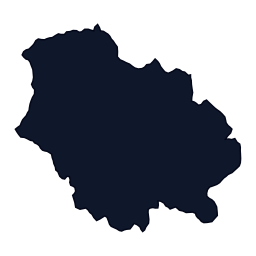 outline of Poço Fundo, Minas Gerais, Brazil, rotated 180°
{"feature_id": "56859067B54167324387796", "entity_name": "Poço Fundo", "entity_type": "district", "adm_level": 2, "iso_a3": "BRA", "parent_name": "Brazil", "parent_adm1": "Minas Gerais", "projection": "natural_earth1", "projection_center": [-45.997, -21.81], "detail": "fine", "context": "isolated", "style": "filled", "palette": "ink", "viewbox_px": 256, "rotation_deg": 180, "n_neighbors": 0, "source": "geoboundaries", "source_scale": "gbopen_adm2", "svg_char_len": 3067}
<svg xmlns="http://www.w3.org/2000/svg" viewBox="0 0 256 256"><g transform="rotate(180 128 128)"><path d="M64.6,171.5L64.8,175.6L65.5,178.5L65.5,181.1L67.7,180.6L69.5,182.2L71.3,183.9L73.7,184.3L76.6,186.3L79.8,187.1L82.9,184.9L85.8,183.5L87.9,182.7L91.2,184.1L93.7,187.1L95.5,189.5L96.7,192.2L98.3,194.5L100.9,197.0L103.1,194.3L105.6,191.8L109.3,191.3L111.4,188.8L113.9,187.4L117.7,187.0L121.2,188.0L123.7,189.7L126.5,191.9L129.9,193.3L133.0,194.9L135.9,196.1L138.7,199.2L138.5,204.2L138.8,209.1L141.0,212.1L142.8,214.9L144.7,216.9L146.2,219.7L148.1,221.8L150.2,223.1L152.5,224.6L155.5,225.1L156.6,228.4L158.4,231.5L161.1,229.0L162.3,225.1L164.6,225.7L167.6,226.7L171.3,226.7L174.4,224.1L177.0,223.8L179.4,225.3L182.9,225.5L185.8,224.4L189.4,224.1L191.6,221.5L195.1,221.5L197.6,222.1L200.6,220.4L203.7,218.4L206.3,218.1L209.0,217.3L211.5,216.2L214.8,216.4L217.7,217.0L220.1,215.4L222.3,211.6L224.7,209.1L227.1,206.8L229.8,206.1L232.3,204.3L233.8,201.1L232.2,199.0L230.0,197.0L227.6,196.3L225.9,194.0L224.8,190.9L223.1,186.6L222.8,183.4L222.4,178.6L223.1,174.8L224.4,171.7L223.2,168.8L221.3,166.4L221.5,161.9L223.5,158.5L224.9,155.0L225.9,151.9L226.5,148.7L226.9,145.5L228.5,143.0L229.7,140.3L231.5,138.3L233.3,136.2L234.6,133.5L235.8,130.4L238.1,128.8L240.6,126.8L239.0,124.1L237.3,121.6L235.2,119.0L231.5,118.6L228.8,117.4L225.6,115.7L222.9,115.2L221.5,113.2L218.6,111.9L216.6,110.2L215.5,108.0L213.5,105.9L211.1,105.1L208.8,104.7L206.6,103.4L204.4,101.9L203.7,98.2L202.7,95.5L202.1,92.4L200.6,89.0L200.2,86.0L198.1,84.3L196.2,79.7L193.7,77.5L191.3,77.0L189.1,79.7L186.6,79.4L185.8,76.2L186.2,73.6L185.3,70.8L183.1,69.9L181.1,68.6L180.3,64.8L181.5,62.5L183.3,60.7L182.2,57.1L181.1,53.6L180.3,48.8L176.0,46.8L172.9,47.4L170.2,48.0L168.1,46.4L166.1,43.5L164.0,41.8L162.1,38.5L159.4,35.5L155.9,37.2L153.6,38.7L151.1,40.2L148.9,38.6L147.5,35.0L146.4,31.7L144.8,29.7L142.2,28.5L139.1,27.1L136.6,25.5L134.3,25.0L132.0,26.1L129.4,26.8L126.0,27.1L123.7,30.1L121.9,32.6L118.8,31.3L116.0,29.1L114.9,26.5L113.3,24.5L111.4,26.1L110.3,28.8L108.9,30.8L107.5,32.8L107.2,36.6L107.7,41.0L108.0,43.7L107.8,46.7L105.7,48.1L103.1,48.5L100.7,48.0L98.2,48.1L97.7,50.9L98.0,55.2L95.2,54.8L92.0,52.9L90.2,50.1L87.6,48.8L85.9,47.0L83.3,48.0L80.4,49.1L78.5,47.6L76.6,45.8L73.0,45.0L69.9,43.5L66.7,43.7L63.4,43.9L60.5,42.7L59.8,40.3L58.3,38.3L56.5,36.9L54.6,34.6L52.2,33.4L48.8,33.6L44.1,34.4L41.3,37.6L38.7,40.5L38.9,44.0L39.4,49.1L40.5,51.3L42.0,54.1L44.2,56.2L46.7,57.5L49.1,59.6L49.4,62.7L48.5,66.3L46.4,69.0L42.9,70.2L39.2,71.6L36.4,73.4L34.5,75.6L32.2,78.1L30.2,79.5L27.9,81.6L24.0,83.4L20.7,86.4L18.3,88.6L16.7,90.2L15.7,93.2L15.4,97.2L15.6,102.3L15.8,105.4L15.7,108.7L16.3,111.9L18.9,113.7L21.2,117.4L24.4,116.4L27.1,117.0L30.6,116.7L28.5,119.9L25.4,123.1L24.1,126.9L26.0,128.8L28.0,130.4L29.9,133.1L30.6,136.5L31.2,139.0L33.7,141.9L36.2,144.3L38.8,146.1L41.0,147.8L43.3,149.9L45.5,152.0L47.4,153.8L49.5,155.9L52.3,154.6L54.6,151.5L57.5,150.7L59.7,152.6L61.6,153.9L64.5,154.9L64.2,159.0L63.4,163.4L64.0,167.1L64.6,171.5Z" fill="#0f172a" stroke="#020617" stroke-width="1.5"/></g></svg>